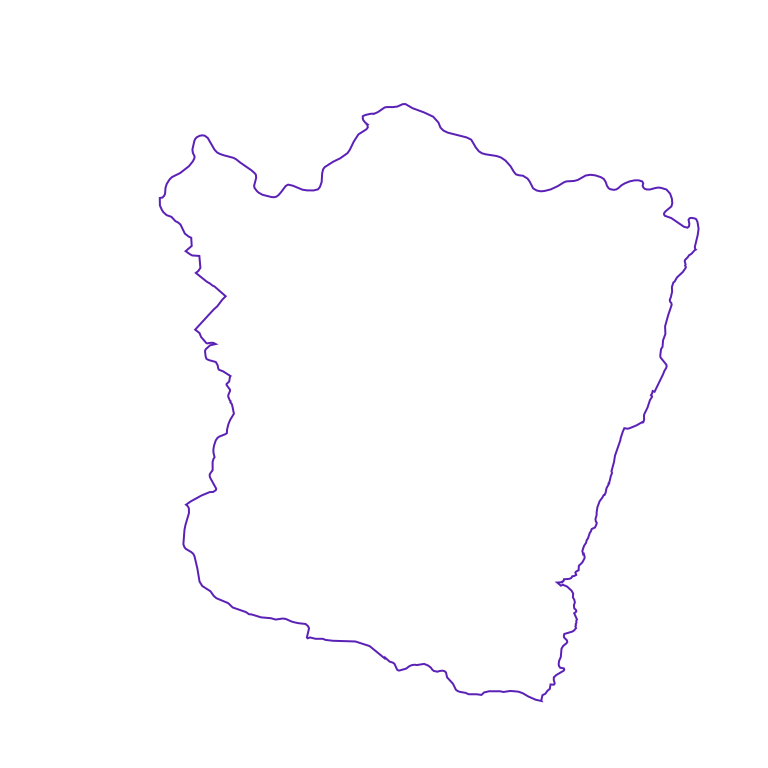 the district of Quebradanegra, Cundinamarca, Colombia, rotated 286°
{"feature_id": "7082276B19995053800747", "entity_name": "Quebradanegra", "entity_type": "district", "adm_level": 2, "iso_a3": "COL", "parent_name": "Colombia", "parent_adm1": "Cundinamarca", "projection": "orthographic", "projection_center": [-74.5, 5.107], "detail": "fine", "context": "isolated", "style": "outline", "palette": "violet", "viewbox_px": 768, "rotation_deg": 286, "n_neighbors": 0, "source": "geoboundaries", "source_scale": "gbopen_adm2", "svg_char_len": 6166}
<svg xmlns="http://www.w3.org/2000/svg" viewBox="0 0 768 768"><g transform="rotate(286 384 384)"><path d="M635.6,289.8L633.4,290.4L631.9,291.4L630.3,293.6L629.0,296.6L628.7,296.1L628.3,296.7L626.2,297.7L624.0,296.9L616.9,290.6L608.6,288.1L599.8,286.6L595.9,285.3L588.9,279.7L583.7,273.9L576.1,267.2L573.6,266.3L569.4,266.5L561.0,268.4L555.9,268.1L552.9,266.9L550.6,262.8L548.9,256.6L548.3,252.2L549.5,241.6L549.2,236.9L547.4,235.0L540.1,232.2L536.6,230.6L534.4,228.9L533.3,227.0L532.7,224.4L532.4,215.1L533.4,210.7L534.5,208.5L536.9,205.4L538.8,204.5L547.0,204.3L549.9,203.1L551.1,201.4L552.9,197.6L557.3,184.6L559.2,180.1L559.9,177.0L559.7,166.9L559.9,162.8L560.6,159.7L562.5,156.5L571.9,146.8L573.3,143.2L572.9,140.6L571.8,138.4L569.6,136.0L567.5,135.0L565.3,134.7L556.6,135.2L553.6,136.5L550.5,139.2L548.7,139.5L545.4,138.9L539.5,136.4L530.6,129.9L524.5,123.2L521.8,121.6L516.5,120.0L512.4,119.9L506.4,121.1L504.4,120.8L502.2,119.7L501.0,117.2L493.8,119.4L490.1,122.5L488.3,124.6L486.4,128.5L486.1,133.6L483.0,138.7L482.6,141.3L481.2,144.4L473.7,151.1L471.9,155.5L471.4,158.4L463.7,161.1L457.0,156.7L455.3,161.6L454.7,164.2L456.2,171.2L445.0,175.5L441.3,174.3L438.9,172.5L433.4,185.7L432.6,189.1L431.3,192.1L431.1,194.0L424.7,207.6L420.5,205.3L412.7,202.3L408.6,199.7L384.2,187.5L382.2,192.5L378.7,195.3L374.4,201.9L374.3,202.8L376.1,206.7L376.5,208.8L376.0,211.2L373.3,206.2L368.5,203.2L367.1,202.8L365.7,203.1L361.0,205.1L359.2,206.5L358.7,209.0L358.8,216.2L356.2,218.9L353.2,220.4L352.2,221.5L351.8,225.9L349.3,234.3L348.2,234.0L343.6,234.5L340.8,232.7L339.8,232.8L336.0,237.6L334.8,237.9L331.1,237.4L329.1,237.6L325.7,240.3L325.2,241.3L324.0,241.4L323.0,243.0L321.4,244.1L314.1,247.9L307.0,246.0L302.5,245.5L296.8,245.7L293.5,246.5L292.2,245.5L287.8,239.9L286.1,238.7L283.3,237.8L277.9,237.6L273.7,238.1L270.8,239.1L266.9,241.3L264.7,240.7L262.0,240.7L254.0,243.0L249.4,241.4L248.5,241.5L246.7,242.2L245.5,243.2L237.1,251.6L235.6,251.6L233.1,249.5L232.1,246.3L226.6,239.4L217.9,230.6L213.4,227.0L213.0,228.2L211.4,230.2L209.9,231.0L206.1,232.1L193.9,232.0L188.8,232.4L174.7,235.3L172.2,237.1L170.9,238.9L169.3,245.1L168.2,247.4L166.2,249.3L155.3,255.4L143.3,261.1L139.7,265.0L136.9,274.4L133.4,278.7L131.9,281.9L130.4,294.6L127.5,300.1L126.7,314.2L125.5,317.7L126.0,320.4L125.8,330.1L127.7,339.9L127.7,344.8L130.6,351.2L131.1,354.2L130.2,360.5L130.2,363.3L130.5,367.7L131.7,374.7L130.4,377.5L128.5,379.3L119.2,379.7L118.5,380.7L120.0,382.8L120.2,388.5L122.2,395.3L121.9,398.5L123.1,405.7L128.6,427.4L128.1,442.4L120.4,460.3L121.4,460.3L118.7,465.9L118.6,469.2L118.0,471.1L113.0,475.4L112.6,476.7L112.8,477.7L116.4,483.6L120.0,486.4L121.6,488.5L122.6,490.9L122.9,493.1L126.0,499.7L125.6,503.7L124.3,507.2L122.8,509.0L121.9,511.0L122.2,514.8L123.4,516.4L124.6,519.3L124.6,521.6L123.8,523.1L119.4,525.5L114.8,533.0L109.9,537.4L109.1,539.7L109.0,542.0L109.6,547.7L109.1,550.8L111.3,558.7L112.0,563.4L115.1,565.2L117.7,569.9L120.6,580.2L120.9,583.8L123.7,589.9L124.7,594.6L125.3,598.3L125.0,602.7L123.4,608.8L122.3,617.0L122.7,622.8L123.1,622.4L128.5,622.1L130.8,624.5L134.2,625.7L136.6,627.4L141.1,626.9L141.6,629.6L142.2,630.5L143.3,630.6L146.2,628.8L148.9,628.1L151.8,629.9L158.0,635.8L159.1,636.0L160.2,635.3L159.8,631.6L161.2,629.9L162.9,629.1L166.1,628.6L170.3,629.2L178.5,627.6L181.6,628.4L185.1,630.9L186.5,631.3L188.1,630.4L189.9,627.1L191.1,626.4L193.4,626.2L197.8,633.1L199.2,634.5L202.3,635.9L203.7,634.8L205.2,635.0L206.0,634.4L207.5,634.8L209.3,634.1L210.8,634.4L216.1,630.0L218.1,631.5L219.1,631.3L220.0,630.4L220.6,628.9L221.5,628.4L223.8,627.5L226.6,627.7L229.0,626.4L231.0,624.4L234.7,623.6L237.0,621.3L239.8,615.7L240.3,611.2L238.9,609.6L240.9,605.2L242.4,609.6L242.7,609.2L244.4,611.0L245.9,610.8L247.8,615.9L249.2,617.5L251.1,618.0L251.8,619.7L253.5,621.4L255.5,619.9L256.6,620.3L258.6,622.4L263.0,621.4L267.1,623.8L271.7,624.8L273.4,624.4L275.8,622.9L275.2,622.4L278.1,620.7L283.5,620.9L287.1,622.0L289.9,621.9L291.6,622.6L297.8,622.9L299.4,623.5L301.8,623.6L304.3,626.4L307.9,626.9L309.2,626.8L310.3,625.5L312.4,624.5L316.6,624.5L319.1,623.8L324.3,623.1L330.8,623.6L335.0,625.2L337.8,625.8L338.1,626.6L338.8,626.7L340.8,627.0L345.1,626.6L350.4,627.8L350.5,627.3L351.9,627.7L357.9,627.4L361.4,627.7L362.9,626.7L372.4,626.6L378.7,625.8L395.2,626.7L397.2,626.4L404.1,626.7L407.8,627.2L408.1,630.4L409.2,632.3L413.8,638.1L418.6,642.8L418.3,643.4L419.3,643.9L421.7,643.8L424.9,642.7L426.7,642.5L433.9,643.8L441.9,644.1L445.2,645.1L446.1,645.1L446.8,643.7L448.7,644.3L451.3,644.2L451.1,646.2L470.4,649.6L473.8,649.9L477.1,650.8L478.9,650.8L480.3,650.2L485.6,642.7L486.8,641.9L488.2,641.6L493.9,640.7L496.5,641.5L502.9,640.2L509.7,640.7L516.9,638.3L528.8,638.2L539.3,638.7L541.0,637.9L542.1,636.2L543.7,635.5L546.5,635.8L552.2,635.5L556.6,634.0L561.4,634.2L562.5,635.1L567.1,636.2L574.1,640.4L578.5,641.9L579.8,641.9L580.8,640.8L582.2,640.9L584.7,639.3L586.0,639.1L590.2,641.3L591.6,641.6L593.8,643.6L598.3,645.8L599.1,646.6L599.3,646.1L601.4,645.0L613.5,644.5L620.0,643.6L626.3,640.6L628.5,638.6L628.8,637.4L628.5,634.1L628.0,632.7L627.2,631.9L625.7,631.5L622.1,633.4L619.5,633.7L617.9,632.6L617.8,629.1L622.7,614.4L623.1,607.7L624.2,606.4L625.6,606.2L627.7,607.1L633.9,611.3L637.2,611.3L641.4,609.7L645.8,606.6L648.8,601.9L648.9,596.0L648.4,593.4L647.1,590.7L644.2,585.9L643.4,582.7L643.5,580.9L644.3,579.3L645.7,578.0L648.3,577.9L649.9,576.4L650.0,572.7L648.9,568.9L646.5,564.3L643.2,560.1L640.2,557.3L636.9,555.3L635.1,553.7L634.0,551.5L633.6,547.7L634.1,546.0L636.0,543.7L639.1,541.6L641.6,538.9L642.6,535.5L642.8,529.6L642.0,524.7L640.0,520.4L633.5,514.0L631.6,510.8L629.0,503.4L627.2,501.1L622.2,496.6L617.0,490.6L613.7,484.9L612.4,481.4L612.1,477.3L613.2,473.4L618.6,468.4L621.0,465.4L622.5,460.2L621.8,455.9L621.9,453.0L623.7,450.4L628.2,445.6L632.3,439.1L634.0,433.9L634.2,429.4L632.8,418.2L632.8,414.7L633.8,411.1L636.6,407.1L642.9,400.5L643.8,395.4L643.2,376.1L644.0,371.3L646.0,367.6L650.3,364.3L654.5,357.6L656.1,347.6L657.0,335.4L659.0,327.5L658.2,324.9L654.4,320.4L652.6,316.2L651.1,310.7L650.0,308.4L643.6,303.1L640.8,299.7L641.0,299.5L640.0,296.5L637.3,291.7L635.6,289.8Z" fill="none" stroke="#5b21b6" stroke-width="2"/></g></svg>